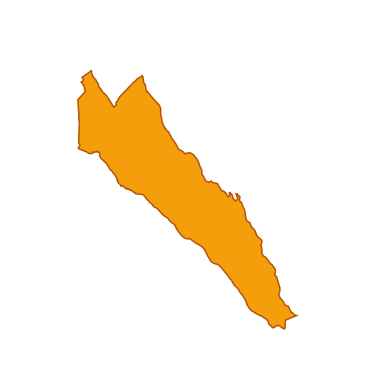 Calpan, Puebla, Mexico, rotated 212°
{"feature_id": "50627088B82684012810094", "entity_name": "Calpan", "entity_type": "district", "adm_level": 2, "iso_a3": "MEX", "parent_name": "Mexico", "parent_adm1": "Puebla", "projection": "orthographic", "projection_center": [-98.482, 19.103], "detail": "fine", "context": "isolated", "style": "filled", "palette": "amber", "viewbox_px": 384, "rotation_deg": 212, "n_neighbors": 0, "source": "geoboundaries", "source_scale": "gbopen_adm2", "svg_char_len": 5957}
<svg xmlns="http://www.w3.org/2000/svg" viewBox="0 0 384 384"><g transform="rotate(212 192 192)"><path d="M238.8,161.0L236.4,161.8L232.3,163.9L229.8,163.2L227.7,162.4L226.8,162.0L225.4,161.7L224.0,161.4L223.1,160.9L222.4,160.9L221.7,160.6L220.6,160.7L219.7,160.5L217.5,159.6L215.5,159.3L213.8,159.6L212.8,159.6L211.2,159.2L209.9,158.8L207.2,157.9L204.8,157.2L202.6,157.0L199.9,157.0L198.3,156.8L195.5,155.7L192.9,155.2L191.0,155.3L189.6,155.0L187.6,153.9L185.3,152.4L183.1,151.4L178.2,149.7L175.4,149.1L173.0,149.1L171.0,149.9L169.3,151.2L164.9,151.0L162.7,150.8L160.0,150.7L159.2,151.0L156.9,151.0L153.5,150.7L151.5,150.1L149.1,148.8L145.4,146.4L141.4,144.3L139.2,143.2L135.6,143.1L135.1,143.2L131.6,144.2L131.0,144.2L127.2,143.4L116.9,140.0L115.4,139.2L114.2,138.6L112.7,138.4L111.6,137.9L110.4,137.3L108.9,136.5L108.0,135.9L106.6,135.3L104.8,135.1L103.5,134.8L100.1,133.6L99.7,133.4L99.0,132.8L97.7,132.1L97.0,132.0L95.4,131.5L94.0,131.0L92.6,130.3L87.9,127.7L86.3,126.1L85.2,125.4L82.5,124.1L80.3,123.2L79.0,122.8L76.5,123.0L73.9,122.9L72.1,123.1L70.1,123.1L69.3,123.2L68.0,123.6L67.4,123.6L65.5,123.7L63.5,123.4L62.5,123.5L62.0,123.6L61.1,123.4L59.9,123.1L56.0,120.4L55.5,120.3L54.2,120.4L53.5,120.2L52.6,119.8L52.1,119.7L51.2,119.7L48.9,124.0L48.3,124.5L47.3,124.8L45.4,124.8L44.4,124.6L43.7,124.5L43.4,124.3L43.1,124.6L42.4,124.9L41.9,124.9L41.2,124.7L41.1,126.0L43.0,129.5L44.0,130.9L44.7,132.8L43.9,134.1L37.9,142.6L38.9,142.4L40.4,142.2L41.5,142.5L42.2,142.8L44.5,142.7L50.0,146.3L51.6,145.5L53.0,145.5L55.6,146.9L57.4,147.7L59.6,148.5L60.4,148.5L63.3,150.3L64.5,151.9L65.0,154.5L66.6,157.2L75.4,165.0L76.9,165.1L78.1,166.0L78.2,167.0L79.6,169.7L81.4,171.2L83.2,171.5L83.7,171.9L85.9,172.9L86.9,172.6L87.6,173.1L88.7,173.2L91.3,174.4L95.1,175.7L96.3,175.7L97.6,175.4L100.8,177.6L101.3,178.4L101.9,179.9L104.3,182.6L104.8,183.0L105.7,183.5L105.5,184.4L106.5,187.3L107.5,188.1L113.7,189.2L114.1,189.2L114.3,189.5L114.5,189.8L114.8,190.1L115.3,190.1L115.4,190.4L115.3,190.5L116.1,191.0L116.5,191.4L116.8,191.4L117.0,191.6L117.3,191.6L117.4,192.2L117.7,192.4L118.2,192.6L118.6,192.7L119.5,193.2L122.7,193.8L124.6,195.0L126.5,196.5L127.6,196.7L128.1,196.5L128.6,196.5L128.9,196.7L129.4,196.6L129.7,196.6L130.0,196.6L130.3,196.9L131.0,197.1L131.5,197.5L132.2,197.9L132.4,198.4L132.5,198.7L132.9,199.1L133.3,199.3L133.5,199.4L133.9,200.0L134.5,200.6L134.5,200.8L134.9,201.4L135.0,201.6L135.3,201.7L135.5,201.8L135.5,202.0L135.8,202.4L136.2,202.6L136.9,203.6L138.0,204.8L139.9,205.9L142.9,208.0L144.2,209.2L145.5,209.6L146.7,209.5L148.0,211.4L148.7,213.3L149.4,213.5L150.3,213.6L151.1,213.6L152.8,214.5L153.8,213.6L153.0,213.3L151.9,212.4L150.4,211.0L149.3,209.7L150.7,207.4L151.2,207.6L152.5,207.8L153.8,208.5L156.5,210.8L158.0,211.3L158.4,211.0L159.4,211.7L160.0,211.1L157.8,209.0L159.2,207.0L161.8,208.7L162.9,209.0L164.0,209.0L164.7,209.5L167.9,208.9L174.9,212.6L179.6,210.9L181.6,211.5L182.2,209.7L182.5,209.1L183.5,209.3L186.0,208.5L188.5,210.1L190.7,211.4L191.8,211.8L192.6,211.9L193.5,212.6L194.1,214.3L195.0,215.4L197.2,217.0L199.8,218.6L202.7,221.1L205.3,222.5L207.2,223.2L211.2,224.5L214.1,224.3L215.9,223.2L217.3,221.9L218.2,220.5L220.5,221.3L222.2,221.5L224.2,221.4L226.5,221.2L228.1,222.4L231.1,224.2L235.5,226.1L237.3,226.7L239.5,228.1L241.7,229.2L243.5,230.4L244.2,230.7L244.7,230.4L245.7,230.7L247.1,231.3L248.8,231.8L251.6,233.4L254.6,235.7L255.7,236.9L257.3,238.8L259.0,240.2L260.8,243.0L262.6,245.8L264.3,247.4L266.2,248.4L270.7,249.6L277.1,251.5L281.4,253.0L281.5,253.0L282.1,252.9L282.6,253.1L282.8,253.4L283.1,253.6L283.6,253.2L284.0,253.4L284.1,253.5L284.3,253.8L284.8,254.2L285.1,254.7L286.3,255.5L287.0,256.6L287.3,257.2L287.7,257.4L288.4,258.0L289.4,258.7L290.0,258.9L290.4,259.0L290.7,259.1L291.4,259.7L292.0,260.3L292.2,260.9L292.8,261.4L293.5,262.2L293.7,262.6L294.5,263.4L295.1,263.8L296.0,264.3L296.3,263.3L298.6,258.4L298.8,255.8L299.5,254.7L301.2,246.6L302.5,240.3L303.3,236.8L303.8,234.0L303.4,229.2L303.8,228.2L303.9,227.5L302.5,226.4L303.2,222.5L305.8,223.7L307.7,224.7L313.5,227.4L316.5,228.7L320.0,229.2L323.7,230.9L326.8,232.0L328.3,233.5L329.9,234.5L331.9,235.5L332.5,236.0L333.7,236.2L334.8,236.6L335.7,236.9L336.3,237.2L337.2,237.5L337.8,237.8L340.8,240.4L341.2,241.1L341.7,241.5L343.4,237.1L345.6,231.9L346.1,230.8L345.9,230.6L345.5,230.6L344.7,230.7L343.7,229.7L343.4,229.0L343.2,228.2L343.3,227.9L344.2,226.4L342.4,225.9L339.7,224.5L338.6,223.6L337.5,222.1L335.7,220.8L336.1,218.1L337.2,213.0L337.5,211.1L337.7,209.8L329.3,198.1L328.1,196.1L324.4,191.0L323.8,190.4L317.1,178.5L316.0,176.9L315.5,175.9L313.8,173.2L311.7,172.4L311.9,170.1L312.0,169.9L311.4,168.6L302.0,170.2L300.7,170.0L300.1,170.2L299.3,170.6L299.1,170.6L298.7,170.4L298.3,170.6L298.1,171.0L297.2,172.1L296.3,173.1L296.7,173.4L296.3,173.5L294.3,175.8L294.3,176.0L293.8,176.2L294.0,175.6L292.4,176.2L291.8,176.2L291.1,176.1L290.6,175.6L290.3,175.0L289.5,173.8L287.5,172.5L286.6,172.2L285.5,171.9L282.4,171.5L279.9,170.9L279.3,170.7L277.0,169.7L276.0,169.1L275.3,168.6L273.1,167.6L272.5,167.3L270.7,167.1L270.0,167.1L269.0,166.3L268.7,166.2L267.8,166.2L267.4,166.1L265.4,165.1L264.7,164.6L264.1,164.3L263.6,164.2L263.0,163.8L262.8,163.4L262.3,163.0L261.8,162.7L261.3,162.7L261.4,162.0L260.9,161.9L260.7,161.7L260.3,161.3L259.8,160.8L258.7,160.8L257.8,160.4L257.3,160.4L256.5,160.0L256.3,160.0L256.0,160.1L255.9,160.1L255.7,160.0L255.6,159.6L255.1,159.4L254.9,159.3L254.7,159.7L254.6,159.9L254.3,160.3L253.7,160.7L252.9,160.6L252.0,160.2L251.6,160.0L250.9,159.9L250.7,160.0L250.4,160.0L250.3,159.9L250.1,159.7L249.9,159.7L249.6,159.8L249.7,160.0L249.4,160.2L249.0,160.0L248.8,160.0L248.7,160.1L248.8,160.2L248.7,160.4L248.7,160.7L248.3,160.8L247.1,160.6L246.9,160.6L246.5,161.0L246.4,161.0L246.1,161.0L245.7,160.8L245.4,160.8L245.2,161.1L245.0,161.3L244.9,161.3L244.4,161.1L242.9,161.2L241.2,160.9L240.6,160.8L240.2,161.0L239.4,160.8L239.1,160.7L238.9,160.7L238.8,160.8L238.8,161.0Z" fill="#f59e0b" stroke="#b45309" stroke-width="1.5"/></g></svg>